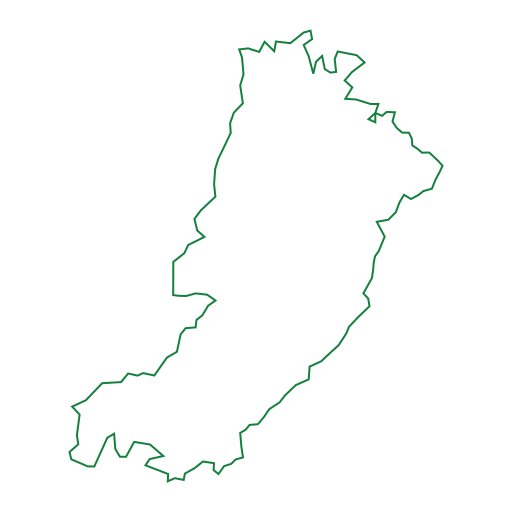 Jacutinga, Rio Grande do Sul, Brazil (Albers equal-area conic projection)
{"feature_id": "56859067B55904533965015", "entity_name": "Jacutinga", "entity_type": "district", "adm_level": 2, "iso_a3": "BRA", "parent_name": "Brazil", "parent_adm1": "Rio Grande do Sul", "projection": "albers", "projection_center": [-52.547, -27.784], "detail": "fine", "context": "isolated", "style": "outline", "palette": "green", "viewbox_px": 512, "rotation_deg": 0, "n_neighbors": 0, "source": "geoboundaries", "source_scale": "gbopen_adm2", "svg_char_len": 2008}
<svg xmlns="http://www.w3.org/2000/svg" viewBox="0 0 512 512"><path d="M72.2,406.6L79.6,414.6L76.9,435.4L78.3,444.3L69.5,452.0L71.3,459.3L87.8,466.4L94.3,466.5L107.3,437.8L114.1,433.7L115.3,448.9L119.9,456.7L126.0,456.8L134.2,441.9L150.0,444.5L163.3,456.0L149.6,459.1L145.5,465.3L168.1,474.0L167.8,481.3L174.8,478.2L183.7,479.9L184.9,473.6L194.7,468.1L202.9,461.5L214.0,463.2L213.6,470.1L218.5,474.0L224.1,466.1L231.1,463.9L235.6,459.5L243.0,457.4L241.4,446.9L240.2,432.9L245.5,429.8L249.6,424.9L257.9,424.2L264.0,416.9L269.3,409.1L279.6,402.4L284.9,395.5L295.8,385.1L308.7,379.4L309.6,366.6L321.2,361.3L328.4,354.5L338.8,345.0L346.5,333.1L348.9,326.9L358.1,317.2L369.5,306.2L368.2,298.5L363.4,293.4L367.4,286.1L371.9,278.2L373.1,270.1L373.7,262.9L375.0,256.3L378.7,251.2L384.7,236.6L376.8,221.8L388.4,219.7L395.8,212.2L399.5,202.4L404.0,194.8L411.0,199.0L418.7,194.9L423.3,191.1L431.9,188.7L435.5,179.7L439.8,171.7L442.5,165.8L438.0,160.7L429.2,152.5L422.1,152.7L417.1,148.5L412.3,145.4L411.8,138.6L408.9,132.7L402.3,132.7L397.0,128.2L392.5,121.6L394.9,112.3L386.7,111.9L382.1,115.8L375.3,113.0L378.4,104.0L370.5,104.0L356.2,99.5L345.3,98.8L352.3,87.4L344.7,80.5L351.8,72.2L364.6,62.5L356.7,55.2L337.7,51.5L334.7,59.0L336.1,71.9L330.4,72.6L324.8,69.1L322.1,55.9L316.0,61.8L313.3,73.7L308.7,56.3L303.7,45.0L312.1,39.1L310.5,30.7L303.7,32.5L290.3,43.2L276.0,41.5L274.2,51.2L264.6,41.8L259.2,51.9L248.2,48.4L239.2,49.4L242.0,57.4L243.5,74.3L240.2,85.4L242.9,103.3L233.8,112.7L230.1,123.3L230.7,133.0L225.6,143.7L218.4,158.6L215.1,169.2L214.1,184.4L215.4,196.6L200.8,210.4L194.4,219.0L197.3,230.5L204.4,236.9L188.2,245.0L184.3,253.2L173.3,261.9L173.2,295.1L179.0,295.8L186.1,296.0L195.8,293.4L207.2,294.7L215.5,300.5L208.1,305.7L202.3,315.4L196.5,319.9L195.6,327.4L185.6,328.2L180.6,334.4L176.9,351.8L166.9,357.6L154.3,375.5L143.1,373.1L137.6,375.6L128.1,373.5L121.1,382.1L102.2,383.2L85.9,400.2L72.2,406.6ZM375.3,113.0L375.3,122.3L368.5,119.2L375.3,113.0Z" fill="none" stroke="#15803d" stroke-width="2"/></svg>